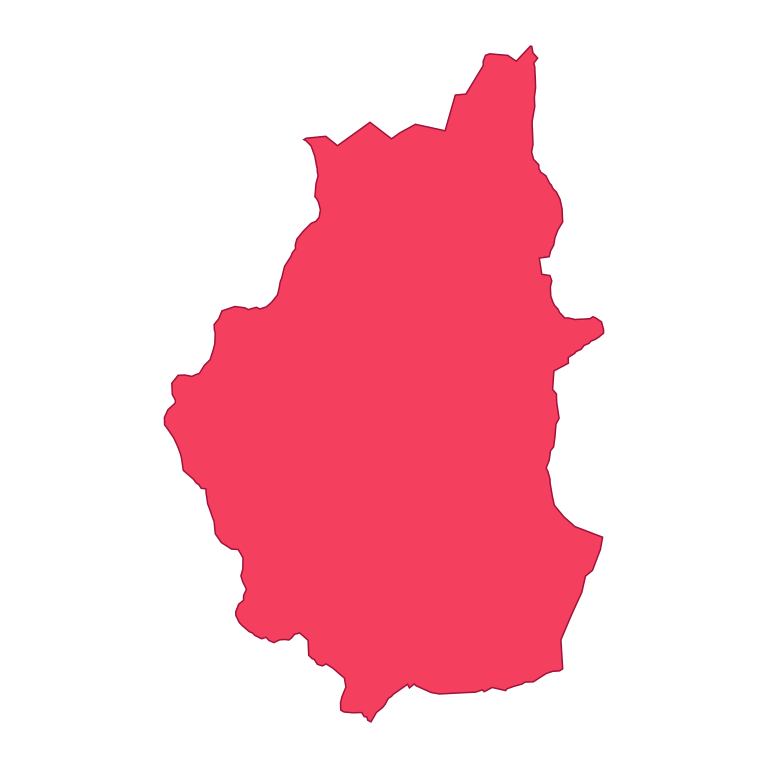 outline of Qua'An Pan, Plateau, Nigeria
{"feature_id": "59680162B7635361694273", "entity_name": "Qua'An Pan", "entity_type": "district", "adm_level": 2, "iso_a3": "NGA", "parent_name": "Nigeria", "parent_adm1": "Plateau", "projection": "robinson", "projection_center": [9.159, 8.775], "detail": "fine", "context": "isolated", "style": "filled", "palette": "rose", "viewbox_px": 768, "rotation_deg": 0, "n_neighbors": 0, "source": "geoboundaries", "source_scale": "gbopen_adm2", "svg_char_len": 3833}
<svg xmlns="http://www.w3.org/2000/svg" viewBox="0 0 768 768"><path d="M253.8,634.3L254.9,635.4L261.7,638.8L266.1,637.3L269.0,640.5L274.0,642.6L278.3,640.5L279.9,639.8L284.9,639.5L288.9,640.0L291.8,637.7L294.5,634.3L299.7,633.0L303.8,636.5L308.1,640.3L308.4,647.8L308.7,655.3L312.1,658.6L314.3,659.5L317.4,664.3L322.4,665.9L326.1,663.9L328.8,665.6L333.1,668.3L339.2,673.7L344.4,678.0L345.0,681.7L345.9,687.2L343.4,693.1L341.9,697.0L340.5,702.7L340.8,710.2L344.1,712.0L352.9,712.8L359.0,712.6L361.7,712.6L364.2,716.6L366.9,717.0L367.7,720.2L371.0,721.9L374.8,715.3L376.4,712.5L382.6,707.5L385.2,704.2L388.3,698.4L391.5,696.4L393.1,694.4L399.4,690.0L407.6,684.3L409.4,687.9L409.7,687.7L414.2,683.9L415.9,685.7L431.1,692.5L439.5,694.0L442.8,693.8L457.7,693.0L467.6,692.5L475.8,692.1L482.4,689.9L484.1,691.7L486.2,690.6L487.6,689.9L492.2,687.5L496.1,688.4L505.6,690.6L507.2,688.7L513.7,686.4L519.4,684.8L521.9,684.1L525.1,682.1L533.4,681.8L539.8,677.6L545.3,674.1L546.3,673.5L547.4,673.1L552.8,671.3L559.4,670.9L562.7,668.9L560.9,639.8L571.5,614.8L581.8,592.3L585.5,576.1L592.5,570.3L600.4,549.5L602.6,537.2L574.9,526.6L564.0,517.0L558.8,510.7L554.3,505.3L552.3,496.0L552.0,494.2L550.1,482.9L550.0,479.1L548.0,471.7L546.2,468.0L549.2,460.3L550.5,450.8L553.6,446.9L554.9,437.4L556.0,424.1L559.1,418.3L556.8,403.3L556.6,399.6L556.4,393.9L552.6,389.4L553.0,383.8L553.9,371.0L558.3,368.6L568.4,363.2L568.2,357.5L574.6,353.4L576.2,351.5L581.1,349.3L584.2,345.4L589.1,343.3L590.7,341.3L595.6,339.2L598.8,337.1L603.6,333.1L603.5,329.3L601.5,321.9L596.4,318.4L593.0,316.7L589.8,318.7L583.2,319.1L579.9,319.2L574.9,319.5L568.2,317.9L564.9,318.1L561.5,314.5L559.7,312.7L557.9,309.0L554.5,305.4L552.7,301.7L550.8,296.2L550.6,292.4L550.4,286.8L551.8,281.0L549.9,275.5L541.8,274.3L539.3,258.1L549.2,256.7L550.6,250.9L553.7,245.1L555.0,237.5L558.0,229.8L560.6,225.4L562.7,222.0L562.4,216.4L562.1,208.9L560.1,199.5L556.5,192.2L553.0,188.6L551.2,184.9L549.5,183.1L545.9,175.8L540.8,172.2L538.9,168.6L538.8,164.8L537.1,163.0L533.6,159.4L531.6,152.0L533.0,144.4L532.7,136.8L532.4,129.3L532.2,125.5L532.1,121.8L533.4,114.2L534.2,109.9L534.8,106.6L534.6,102.8L534.4,97.1L535.6,87.7L535.3,78.2L535.0,72.6L534.8,67.0L533.8,63.1L537.7,58.1L532.9,52.8L531.8,46.4L530.4,46.1L516.2,61.2L507.9,55.4L489.7,53.8L485.5,55.3L483.2,61.2L483.2,65.6L465.9,94.1L455.4,95.0L455.2,95.4L445.1,130.8L415.4,124.3L399.8,132.9L391.5,138.8L370.0,122.3L337.5,145.7L325.8,136.3L306.2,138.2L303.8,139.6L306.0,140.7L309.0,143.8L311.2,146.1L314.8,156.2L316.6,166.1L317.2,168.4L317.3,171.9L318.1,175.8L316.0,183.6L314.9,196.8L316.6,198.6L318.5,202.3L320.4,209.8L319.1,217.4L315.9,221.3L311.0,223.4L303.1,231.4L296.8,239.2L295.3,245.0L295.5,248.7L292.4,252.7L290.9,256.5L284.6,266.2L281.8,277.7L280.3,281.5L278.9,289.2L277.5,294.9L272.8,300.8L271.2,302.7L266.4,306.8L259.9,309.0L256.5,307.3L253.8,308.0L248.3,309.6L244.9,307.8L234.9,306.5L228.4,308.7L221.9,310.9L220.4,314.7L218.9,318.6L214.1,324.5L214.4,330.1L215.2,332.7L215.1,335.6L214.8,343.8L213.5,349.0L210.1,359.7L204.3,365.4L199.4,373.4L196.3,374.4L191.9,376.4L187.8,375.6L184.7,375.0L178.1,375.3L174.7,379.6L171.8,383.2L172.3,394.5L175.4,400.1L175.1,403.2L172.0,406.0L170.8,407.1L167.9,409.8L164.4,417.5L164.6,424.8L168.6,430.3L173.8,438.0L177.9,446.9L180.5,454.0L181.5,458.1L183.3,470.4L188.1,474.6L188.4,474.8L189.8,476.1L193.4,479.2L196.4,483.1L199.0,484.8L201.2,488.3L205.9,488.9L206.1,493.5L206.6,496.4L207.2,500.3L207.6,503.6L209.6,509.0L212.0,515.9L214.1,521.4L215.3,533.8L221.4,542.6L226.5,545.9L231.5,549.1L238.2,549.5L240.5,553.4L243.0,557.9L242.8,569.1L240.9,575.9L242.1,579.7L242.8,581.9L245.5,587.3L246.4,589.2L245.3,591.7L243.6,595.4L243.5,600.3L238.7,604.2L235.7,611.9L235.9,615.6L239.2,622.4L242.2,625.6L247.2,629.9L249.2,631.6L252.7,633.1L253.8,634.3Z" fill="#f43f5e" stroke="#9f1239" stroke-width="1.5"/></svg>